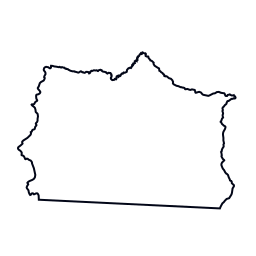 the district of Trapeang Prasat, Siemréab, Cambodia, rotated 273°
{"feature_id": "14789045B58524041159765", "entity_name": "Trapeang Prasat", "entity_type": "district", "adm_level": 2, "iso_a3": "KHM", "parent_name": "Cambodia", "parent_adm1": "Siemréab", "projection": "mercator", "projection_center": [104.395, 14.168], "detail": "fine", "context": "isolated", "style": "outline", "palette": "ink", "viewbox_px": 256, "rotation_deg": 273, "n_neighbors": 0, "source": "geoboundaries", "source_scale": "gbopen_adm2", "svg_char_len": 5852}
<svg xmlns="http://www.w3.org/2000/svg" viewBox="0 0 256 256"><g transform="rotate(273 128 128)"><path d="M186.1,47.9L184.4,47.9L183.8,47.6L183.5,47.0L183.7,46.4L184.5,45.2L184.8,43.0L184.2,41.8L183.4,41.1L181.8,40.8L181.1,41.0L179.6,42.3L178.7,42.7L177.5,42.8L175.2,41.7L174.3,41.6L173.7,42.2L173.0,42.2L171.5,41.6L170.9,41.2L169.3,38.6L168.2,37.6L164.5,36.6L163.8,36.0L163.1,35.8L162.2,36.2L160.5,37.9L159.6,38.4L159.3,38.6L158.5,38.4L157.9,38.0L157.1,36.9L156.9,36.4L156.6,35.2L156.3,34.8L155.9,34.6L154.6,34.6L152.6,34.9L150.9,35.9L150.4,35.8L149.3,34.3L148.8,33.9L147.1,33.1L146.7,32.3L146.6,30.8L146.2,30.5L145.4,31.2L144.1,33.1L143.2,34.0L141.2,34.7L139.7,34.9L139.1,35.1L137.5,36.9L136.9,37.1L134.9,37.5L132.4,37.2L130.6,37.3L129.3,36.9L128.1,35.9L127.6,35.7L127.2,35.8L126.5,36.3L125.9,36.4L124.3,35.3L122.2,34.9L121.6,34.1L121.2,32.9L120.6,32.4L119.4,32.1L118.8,31.1L117.6,31.4L116.8,31.3L115.9,30.9L112.8,28.0L110.1,24.2L109.0,23.2L108.4,23.0L106.9,23.5L106.6,23.3L104.9,21.6L103.4,19.8L102.8,19.3L101.9,19.2L101.2,19.5L100.5,20.2L99.7,21.6L98.7,22.6L98.0,23.1L97.5,23.2L95.7,23.1L95.3,23.2L94.8,24.9L94.4,25.4L93.2,26.2L91.7,26.9L91.5,27.4L92.1,28.6L92.0,29.4L91.1,30.6L90.4,32.5L89.7,33.2L88.7,33.9L87.6,34.0L82.9,36.1L76.3,37.9L73.9,37.6L72.8,37.0L72.2,36.6L71.2,35.2L69.8,32.3L68.9,31.1L68.0,30.4L67.7,30.5L67.2,31.0L66.4,31.3L65.2,30.5L63.5,29.9L63.0,30.0L62.4,30.3L60.9,31.6L60.4,31.9L58.6,32.3L57.2,32.9L56.0,33.8L56.2,34.4L57.4,35.1L57.7,35.6L57.8,36.4L56.9,37.3L56.9,37.8L57.9,39.7L58.0,40.5L57.9,41.0L57.1,41.7L55.9,42.3L51.7,42.7L52.5,224.0L54.3,224.6L57.7,226.2L58.9,227.5L60.5,228.6L62.3,230.2L63.2,232.7L67.0,234.8L68.7,235.2L73.1,235.6L75.3,236.8L76.4,236.8L78.3,234.6L79.7,234.4L80.5,233.9L80.6,233.4L81.0,232.6L82.1,232.3L83.8,231.3L86.3,230.3L87.3,229.2L87.6,228.5L88.8,227.4L90.9,226.2L92.4,224.8L94.0,224.0L95.9,223.2L97.0,223.2L98.4,223.7L100.7,225.8L101.0,225.7L102.1,224.3L104.2,223.0L104.8,222.8L105.6,223.1L108.4,222.5L108.9,222.2L110.0,222.9L110.7,222.8L111.8,223.1L113.3,223.8L114.0,224.3L114.6,224.5L116.5,224.2L117.7,224.7L120.6,223.9L123.1,223.8L126.3,223.2L127.6,223.2L128.9,223.4L130.1,223.9L131.8,224.8L133.6,225.3L134.4,225.2L134.9,224.7L135.4,223.5L136.0,222.9L136.9,221.7L138.0,221.1L138.7,220.5L138.9,220.2L139.3,220.2L139.7,220.7L142.2,221.4L142.7,221.7L143.4,222.4L144.6,222.0L145.6,221.8L146.4,221.9L147.1,222.2L148.0,222.1L149.9,221.4L150.9,221.8L152.6,221.3L153.5,221.6L154.1,222.3L156.1,223.7L156.8,224.6L157.5,225.1L158.5,225.2L160.0,225.9L160.3,226.6L160.2,227.0L162.5,229.8L162.6,231.1L163.2,231.9L163.0,232.9L163.3,233.6L164.1,233.8L165.2,233.2L165.7,232.1L166.3,231.9L166.1,231.5L165.9,230.0L166.4,228.6L166.9,227.9L166.6,227.4L166.4,226.4L166.2,225.8L165.2,225.3L165.1,224.3L165.2,223.8L165.5,223.5L167.3,222.7L167.7,222.3L168.0,218.9L168.3,218.6L168.4,217.7L168.7,217.2L168.8,216.8L168.5,214.8L167.3,213.2L167.0,212.1L166.9,211.3L164.8,207.7L164.3,206.5L164.4,205.9L165.1,201.4L165.6,200.5L167.2,199.1L167.8,197.5L167.7,196.6L166.7,193.9L167.0,193.4L167.8,193.3L169.5,192.6L169.9,190.0L169.8,189.4L169.4,188.8L169.3,188.2L169.5,187.1L170.1,185.4L169.7,183.2L169.9,182.9L170.9,182.3L171.0,182.0L171.3,180.7L171.2,180.2L171.6,179.0L171.5,178.4L172.4,176.2L172.7,174.2L174.0,171.4L174.4,170.9L175.0,170.5L176.4,170.6L178.0,169.8L179.4,168.3L179.9,166.3L181.5,164.2L181.8,163.1L181.5,162.6L181.8,161.6L182.0,161.4L182.9,161.4L183.5,160.9L183.6,160.4L184.6,159.7L185.5,158.1L186.4,157.3L186.8,156.3L189.1,155.9L189.7,154.6L191.6,151.3L192.9,150.4L193.6,150.1L194.6,150.2L196.2,148.3L196.7,146.7L197.3,146.6L197.9,145.9L198.8,145.0L200.4,144.5L200.5,144.2L200.3,143.2L200.8,141.9L201.7,141.7L202.4,142.0L202.8,142.0L203.2,141.8L203.5,141.4L203.3,141.0L203.4,140.4L203.8,139.3L204.3,138.7L204.3,138.4L203.9,138.1L202.7,138.0L202.5,137.7L202.6,137.3L203.2,136.8L202.3,136.2L201.9,135.7L201.4,135.7L200.6,135.4L200.3,134.7L199.7,134.5L199.8,134.0L199.4,133.8L199.0,134.1L198.7,134.1L198.4,133.4L198.1,133.3L197.4,133.5L196.8,133.9L196.5,133.9L196.5,133.3L195.2,133.2L195.5,132.6L195.7,132.0L195.2,131.6L195.1,131.4L194.7,131.5L194.2,131.1L193.7,131.1L193.5,131.4L193.2,131.5L193.0,131.1L192.6,130.7L192.8,130.4L192.7,130.0L192.4,130.1L192.1,129.9L192.2,129.7L191.9,129.5L191.6,129.2L191.4,129.5L191.7,129.7L191.4,129.9L190.7,129.6L190.3,128.8L189.7,128.8L189.4,128.6L189.3,128.3L189.0,128.1L188.2,128.0L188.0,127.8L188.3,126.9L188.2,126.4L187.7,125.8L187.8,125.6L187.4,125.0L185.8,123.9L184.6,123.9L183.9,123.7L183.6,123.0L183.2,122.4L183.2,122.1L182.9,121.3L183.2,120.8L182.8,120.3L181.9,119.9L182.1,119.1L181.9,118.8L180.6,118.0L180.0,117.9L179.4,117.4L179.3,117.0L179.8,116.9L180.0,116.7L180.1,116.3L179.8,116.1L179.2,116.1L178.6,115.8L179.5,114.8L179.4,114.6L179.1,114.5L178.9,114.0L178.6,113.9L177.9,114.0L176.9,114.0L176.0,113.6L176.0,113.2L176.4,112.8L176.6,112.7L176.4,112.3L175.9,112.1L175.2,111.4L175.3,110.9L175.0,109.8L175.1,109.6L175.9,108.6L176.3,108.6L176.6,108.3L177.6,108.3L178.3,108.9L179.9,108.9L180.1,108.8L180.1,108.5L181.0,108.4L181.3,107.9L182.0,107.6L182.1,105.5L181.3,104.7L181.4,104.3L181.8,103.6L182.5,103.2L182.9,101.5L182.9,100.9L183.1,99.8L183.7,98.9L184.1,98.8L184.4,98.6L184.3,98.1L184.7,97.5L184.5,96.7L184.0,95.5L183.3,95.1L183.3,94.8L184.0,93.7L183.7,92.3L183.9,91.0L182.9,88.9L183.2,88.5L183.1,88.3L181.8,87.0L181.5,87.0L181.2,87.2L180.7,86.8L180.5,86.3L181.5,85.8L181.7,85.6L181.6,85.3L181.9,84.5L181.9,83.3L181.0,82.2L180.8,81.4L181.3,80.3L181.4,80.0L181.2,79.7L181.4,79.2L182.1,78.3L182.1,77.7L181.0,76.2L180.7,75.4L181.2,73.5L181.2,73.2L181.5,72.4L181.4,72.0L181.8,71.4L181.7,69.7L182.2,67.3L182.7,66.5L183.0,65.5L183.5,65.1L183.7,64.5L183.7,63.3L184.0,63.2L184.1,62.1L184.9,61.4L184.8,60.8L185.3,59.2L185.3,58.7L184.9,58.3L184.9,57.8L185.5,56.6L185.1,55.9L185.5,53.0L185.6,51.3L186.1,49.2L186.1,47.9Z" fill="none" stroke="#020617" stroke-width="2"/></g></svg>